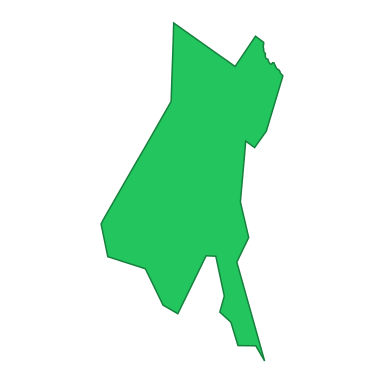 Nazaré do Piauí, Piauí, Brazil
{"feature_id": "56859067B23275533922322", "entity_name": "Nazaré do Piauí", "entity_type": "district", "adm_level": 2, "iso_a3": "BRA", "parent_name": "Brazil", "parent_adm1": "Piauí", "projection": "natural_earth1", "projection_center": [-42.675, -7.077], "detail": "fine", "context": "isolated", "style": "filled", "palette": "green", "viewbox_px": 384, "rotation_deg": 0, "n_neighbors": 0, "source": "geoboundaries", "source_scale": "gbopen_adm2", "svg_char_len": 787}
<svg xmlns="http://www.w3.org/2000/svg" viewBox="0 0 384 384"><path d="M255.5,36.2L235.1,66.5L224.3,58.8L221.5,56.9L173.7,23.0L173.2,40.5L171.1,101.5L144.5,148.1L135.5,163.5L134.3,165.6L103.3,219.6L101.1,224.0L107.8,256.7L145.4,268.8L163.1,305.2L177.8,313.7L181.7,305.8L206.1,255.8L215.8,256.2L224.3,296.1L219.8,312.1L230.9,322.2L238.0,345.6L255.8,345.8L264.6,361.0L236.8,262.1L241.1,253.2L248.7,237.5L242.2,209.8L240.4,201.8L244.6,154.4L245.7,141.1L254.6,147.6L266.3,131.2L282.9,75.9L281.7,74.4L280.5,73.3L279.9,71.4L278.7,69.7L276.8,68.8L274.8,64.8L274.0,62.8L272.6,62.7L271.6,64.1L270.2,63.9L268.7,61.9L267.9,59.2L265.8,58.5L265.3,56.1L265.4,53.5L264.1,52.1L263.7,50.6L263.7,48.7L263.1,46.7L263.6,44.8L263.7,42.4L255.5,36.2Z" fill="#22c55e" stroke="#15803d" stroke-width="1.5"/></svg>